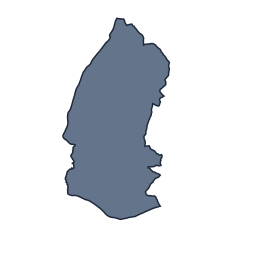 outline of Emuhaya, Western, Kenya, rotated 304°
{"feature_id": "3690345B95240919244140", "entity_name": "Emuhaya", "entity_type": "district", "adm_level": 2, "iso_a3": "KEN", "parent_name": "Kenya", "parent_adm1": "Western", "projection": "orthographic", "projection_center": [34.617, 0.08], "detail": "fine", "context": "isolated", "style": "filled", "palette": "slate", "viewbox_px": 256, "rotation_deg": 304, "n_neighbors": 0, "source": "geoboundaries", "source_scale": "gbopen_adm2", "svg_char_len": 4440}
<svg xmlns="http://www.w3.org/2000/svg" viewBox="0 0 256 256"><g transform="rotate(304 128 128)"><path d="M215.9,63.6L215.3,62.6L214.7,61.5L213.9,60.0L213.1,58.5L212.9,57.5L211.0,57.6L209.4,57.9L207.9,58.4L206.8,58.8L205.3,59.3L203.9,59.8L202.2,60.3L200.5,60.5L198.5,60.6L197.3,60.6L195.7,60.6L194.0,61.2L193.4,62.6L192.3,62.9L191.0,62.9L189.5,62.8L187.9,62.5L186.7,62.1L185.3,61.9L184.1,62.0L182.3,61.8L180.8,61.8L179.6,61.7L178.1,61.6L176.2,61.6L175.0,61.4L173.4,61.2L172.2,61.0L170.4,60.9L168.7,60.8L166.9,60.5L165.0,60.5L163.7,60.5L162.0,60.7L160.5,61.1L158.8,60.8L157.1,60.3L155.9,59.9L153.9,59.7L152.1,59.9L151.0,59.9L149.5,59.7L148.4,60.0L147.1,60.2L145.4,60.6L143.6,61.1L142.4,61.5L141.0,61.9L139.5,62.2L137.2,62.8L135.6,63.0L134.4,63.0L132.9,63.1L131.1,63.4L129.0,64.0L126.8,64.8L125.0,65.5L123.9,65.8L122.3,66.3L121.0,66.7L118.9,67.4L116.6,68.2L115.1,68.7L113.8,69.1L112.3,69.5L111.2,69.8L109.3,69.9L107.7,69.7L106.5,70.1L105.4,70.5L104.3,71.2L102.9,72.0L101.9,72.8L101.1,73.4L100.1,74.2L98.6,75.4L97.2,76.1L96.0,76.5L94.4,76.9L92.9,77.1L91.4,77.4L90.0,77.6L88.8,77.8L87.6,77.9L86.5,78.1L85.3,78.3L84.1,79.3L83.6,80.7L83.4,82.4L83.5,83.8L83.3,85.0L83.0,86.2L82.6,88.1L82.7,89.7L83.5,91.2L84.3,92.6L84.4,93.7L83.2,93.9L82.1,93.4L80.6,93.6L79.2,94.7L78.1,94.9L77.3,95.8L76.1,96.0L74.4,95.9L72.9,96.2L72.3,97.1L71.8,98.4L71.1,99.7L70.7,101.1L69.9,102.3L68.7,102.0L67.7,101.6L67.6,102.8L66.6,104.0L65.3,105.1L63.7,105.4L63.4,103.7L62.0,103.9L61.3,102.8L59.5,102.5L58.1,102.1L56.7,102.5L55.2,103.0L53.6,103.6L52.0,103.9L50.5,104.7L49.7,106.4L48.4,107.0L48.4,108.4L47.2,108.9L47.2,110.0L45.9,110.8L44.8,111.7L43.2,112.3L42.0,113.3L40.8,114.0L39.7,115.3L40.1,117.3L40.7,119.4L41.5,120.4L42.6,122.0L43.4,123.9L43.7,125.2L43.9,126.6L44.1,127.8L44.4,129.4L44.5,130.6L44.7,132.4L45.3,133.9L45.7,135.2L46.0,136.4L46.1,138.5L46.2,141.9L46.0,146.9L45.9,148.4L45.6,151.3L45.3,153.1L45.0,154.7L44.5,156.4L44.1,158.1L43.9,159.8L44.0,161.0L44.2,162.8L45.0,164.7L45.7,166.1L46.2,167.1L46.6,168.1L47.1,169.9L47.6,171.6L47.9,172.7L49.5,174.3L51.1,175.9L52.6,177.4L54.0,178.5L55.4,179.8L56.3,180.9L57.4,182.0L58.3,183.1L59.8,184.0L61.8,185.2L63.9,186.4L66.0,187.9L68.5,189.3L70.8,190.8L73.4,192.4L75.3,193.7L77.1,195.0L81.2,198.5L81.8,197.1L82.3,195.9L83.0,194.8L83.7,193.5L84.5,192.7L85.2,191.3L85.9,190.2L86.5,189.1L86.2,187.5L85.1,186.2L84.7,184.9L83.8,183.6L83.1,182.1L83.0,181.0L83.6,179.5L84.9,178.2L86.8,178.2L88.4,178.6L90.3,178.7L92.3,178.3L94.1,178.1L96.0,178.6L97.2,179.0L98.6,178.6L100.1,178.8L101.4,178.8L102.8,179.8L104.7,180.9L107.0,181.1L107.0,180.0L106.9,178.5L106.3,176.7L106.3,174.8L105.7,173.3L105.9,171.7L106.2,170.1L106.7,168.7L106.3,167.3L107.1,166.4L108.1,167.6L108.9,169.2L109.7,170.1L110.5,171.0L111.7,171.7L112.7,172.2L113.5,173.2L113.7,174.6L114.6,175.7L115.6,176.2L116.6,174.7L118.0,173.7L119.5,173.4L120.5,172.5L122.0,172.6L123.9,171.9L124.6,170.7L123.8,170.0L123.0,168.9L123.2,167.3L122.8,166.0L123.5,163.9L123.8,162.4L123.6,160.8L123.2,159.4L123.8,157.4L125.1,155.8L124.5,154.9L123.4,153.5L122.3,152.3L123.4,151.4L125.1,150.8L126.2,150.0L127.1,148.8L128.2,147.4L128.9,146.6L130.0,146.0L131.1,145.8L132.2,146.1L133.4,146.0L134.2,145.3L135.2,144.6L136.7,144.3L138.7,143.5L140.4,142.6L142.1,142.0L143.8,141.6L145.5,141.1L147.3,140.9L148.6,140.5L149.8,140.3L151.6,140.0L152.9,139.3L154.5,138.9L155.4,137.9L156.3,137.2L158.0,136.5L159.7,136.1L161.2,135.3L162.2,134.9L162.3,136.6L162.3,137.8L162.7,139.3L162.9,140.4L163.7,141.3L165.1,141.0L166.1,140.5L167.2,140.5L168.1,139.8L168.6,138.7L169.9,137.9L171.6,138.4L173.0,139.3L174.6,140.0L174.8,138.1L175.2,136.4L175.6,135.3L176.2,133.8L177.9,133.1L179.3,133.6L180.6,134.0L181.7,134.2L183.2,134.6L184.9,135.0L186.4,134.3L187.5,133.3L188.4,131.8L190.2,131.6L191.8,131.9L193.0,132.0L194.1,132.2L195.2,131.6L196.1,131.1L197.5,130.3L198.7,129.9L200.2,129.2L201.7,127.3L203.0,126.4L204.1,126.3L205.5,125.6L206.1,124.0L206.3,122.6L206.9,121.2L207.6,120.0L208.1,118.7L208.4,116.9L209.0,115.4L209.4,114.3L209.7,113.2L210.4,112.0L211.1,110.9L211.2,109.6L211.3,108.3L211.4,107.0L211.9,105.4L212.2,103.8L212.1,102.5L211.8,101.2L211.0,100.1L209.9,98.8L208.7,97.7L208.1,96.6L206.7,95.2L205.6,94.6L206.7,93.6L208.8,92.1L210.0,91.3L211.2,90.8L212.0,89.7L212.9,88.1L213.1,86.2L213.1,84.3L213.4,83.2L213.7,81.8L214.2,80.5L214.8,78.9L215.1,77.4L215.7,76.2L215.5,74.7L216.3,73.0L214.2,70.9L212.4,69.4L213.7,66.5L215.1,65.0L215.9,63.6Z" fill="#64748b" stroke="#1e293b" stroke-width="1.5"/></g></svg>